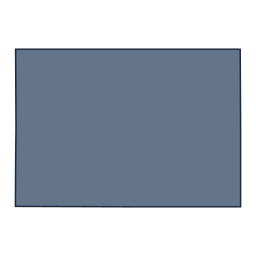 Hodgeman, Kansas, United States of America (Equal Earth projection)
{"feature_id": "52423323B97226868441645", "entity_name": "Hodgeman", "entity_type": "district", "adm_level": 2, "iso_a3": "USA", "parent_name": "United States of America", "parent_adm1": "Kansas", "projection": "equal_earth", "projection_center": [-99.838, 38.088], "detail": "fine", "context": "isolated", "style": "filled", "palette": "slate", "viewbox_px": 256, "rotation_deg": 0, "n_neighbors": 0, "source": "geoboundaries", "source_scale": "gbopen_adm2", "svg_char_len": 256}
<svg xmlns="http://www.w3.org/2000/svg" viewBox="0 0 256 256"><path d="M240.6,128.1L240.4,82.0L240.2,49.3L235.5,49.2L15.6,49.2L16.0,127.7L15.6,167.1L15.4,206.4L136.5,206.8L240.6,206.8L240.6,128.1Z" fill="#64748b" stroke="#1e293b" stroke-width="1.5"/></svg>